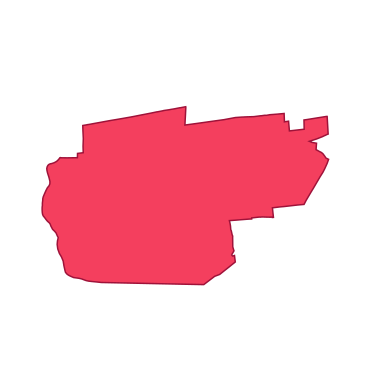 Atizapán, México, Mexico (Albers equal-area conic projection), rotated 345°
{"feature_id": "50627088B90969886119544", "entity_name": "Atizapán", "entity_type": "district", "adm_level": 2, "iso_a3": "MEX", "parent_name": "Mexico", "parent_adm1": "México", "projection": "albers", "projection_center": [-99.501, 19.175], "detail": "fine", "context": "isolated", "style": "filled", "palette": "rose", "viewbox_px": 384, "rotation_deg": 345, "n_neighbors": 0, "source": "geoboundaries", "source_scale": "gbopen_adm2", "svg_char_len": 2583}
<svg xmlns="http://www.w3.org/2000/svg" viewBox="0 0 384 384"><g transform="rotate(345 192 192)"><path d="M309.5,220.5L319.7,210.4L323.6,206.8L326.3,203.8L329.9,199.4L332.4,195.8L330.2,193.9L329.4,191.5L328.4,189.0L327.3,187.4L325.3,185.6L322.8,183.2L324.9,177.1L320.8,175.2L318.5,173.4L326.2,173.0L332.4,172.3L334.9,171.8L335.4,171.8L337.2,171.4L338.5,171.3L342.1,154.0L341.4,153.8L322.1,151.8L318.8,151.4L316.6,160.4L301.9,158.2L303.6,148.6L299.4,148.1L299.6,147.5L301.3,140.0L294.2,138.8L287.3,137.5L283.7,137.2L282.0,136.7L278.7,136.3L277.8,136.1L271.2,135.2L264.4,133.6L258.9,132.4L253.2,131.3L241.6,130.4L230.5,129.0L223.1,128.1L215.0,127.1L202.5,125.5L203.9,121.1L205.1,117.5L207.9,108.8L208.0,108.0L202.6,107.6L202.1,107.5L199.5,107.3L196.4,107.1L192.4,106.7L190.9,106.6L185.9,106.0L185.4,106.0L184.8,106.0L179.2,105.6L178.8,105.5L173.4,105.2L167.6,104.8L162.1,104.4L155.9,104.0L152.0,103.7L149.7,103.5L144.0,103.0L138.6,102.5L132.4,101.9L126.6,101.4L121.4,101.0L115.4,100.5L111.5,100.2L109.3,100.0L108.7,99.9L106.7,99.8L106.2,99.7L103.7,99.5L102.6,104.2L102.4,105.1L100.8,112.4L98.6,119.6L97.1,125.9L91.4,125.1L90.2,129.2L80.2,126.7L73.5,124.8L73.5,124.7L73.3,124.7L71.9,125.8L70.8,126.5L69.3,127.3L68.0,127.7L66.0,128.1L63.5,128.2L62.5,128.1L61.6,128.2L60.8,128.4L60.0,128.8L59.4,129.3L58.6,130.2L57.8,131.7L57.5,133.5L57.4,135.5L57.4,136.6L57.6,140.4L57.6,141.9L57.5,145.1L56.8,147.4L55.5,149.0L53.5,150.4L51.3,152.8L48.8,155.9L47.1,158.1L46.2,159.7L45.5,161.8L44.6,164.0L44.0,166.3L43.4,167.7L43.0,169.0L42.6,170.5L42.3,171.9L42.0,173.5L41.9,175.0L42.1,176.5L42.8,178.1L43.4,179.5L43.8,180.6L44.8,182.8L46.3,185.1L46.7,186.3L46.9,188.5L47.7,192.0L49.1,194.3L50.1,196.4L50.2,197.2L50.6,199.9L51.0,201.4L49.4,204.4L48.2,207.7L47.6,212.2L48.0,217.0L49.1,220.9L49.7,225.3L49.2,230.2L49.0,234.8L49.0,236.8L49.9,238.8L51.1,240.3L52.5,241.6L55.5,244.0L60.3,246.0L62.9,247.4L65.0,248.9L66.7,250.1L68.8,251.2L72.0,252.5L75.5,253.8L77.6,254.6L79.4,255.3L80.9,255.9L130.1,270.2L179.4,284.5L192.1,279.3L197.4,278.8L215.7,270.8L216.6,264.3L215.4,264.4L214.9,264.5L214.4,264.0L214.2,263.4L214.4,262.6L217.3,259.7L217.2,257.0L217.2,255.5L219.5,246.4L219.9,245.1L219.7,243.7L219.9,239.7L219.7,238.4L220.4,234.7L220.6,232.2L220.7,229.3L226.9,230.5L230.2,231.1L239.4,232.8L239.5,232.8L242.7,233.5L243.0,232.5L250.4,233.6L251.7,234.0L253.0,234.2L254.1,234.5L257.7,235.6L261.2,236.6L263.0,237.0L263.0,237.4L264.1,237.6L264.9,232.4L265.6,228.1L272.7,229.1L277.3,229.9L290.7,231.9L297.0,233.0L300.2,229.5L308.9,221.0L309.5,220.5Z" fill="#f43f5e" stroke="#9f1239" stroke-width="1.5"/></g></svg>